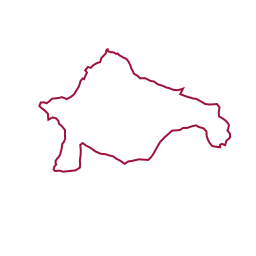 outline of Paphos, Paphos, Cyprus, rotated 50°
{"feature_id": "46923920B77200142670897", "entity_name": "Paphos", "entity_type": "district", "adm_level": 2, "iso_a3": "CYP", "parent_name": "Cyprus", "parent_adm1": "Paphos", "projection": "natural_earth1", "projection_center": [32.428, 34.773], "detail": "fine", "context": "isolated", "style": "outline", "palette": "rose", "viewbox_px": 256, "rotation_deg": 50, "n_neighbors": 0, "source": "geoboundaries", "source_scale": "gbopen_adm2", "svg_char_len": 2042}
<svg xmlns="http://www.w3.org/2000/svg" viewBox="0 0 256 256"><g transform="rotate(50 128 128)"><path d="M54.6,93.0L54.4,93.7L54.6,94.8L55.0,95.2L56.3,96.3L56.7,98.0L57.3,103.5L59.6,106.9L58.5,109.4L57.9,112.1L57.6,114.8L58.0,117.8L55.5,119.4L56.3,123.7L59.1,123.8L60.5,126.8L62.3,130.3L60.9,131.0L61.5,134.2L64.5,138.6L65.9,142.9L67.5,147.4L67.5,151.7L66.4,156.4L62.0,158.7L60.7,161.3L58.6,164.6L56.8,167.3L56.9,170.9L56.7,174.5L54.3,175.9L52.4,178.5L54.2,181.8L57.0,181.4L61.8,180.4L65.6,180.2L70.5,183.7L71.4,179.0L74.5,176.8L78.1,176.8L80.3,178.1L84.2,177.5L89.2,177.6L90.6,178.9L93.6,181.4L95.7,182.9L97.4,185.9L97.9,188.5L99.2,189.9L101.8,192.9L104.7,197.0L105.6,199.5L106.0,202.3L106.7,204.7L108.5,206.1L109.8,206.4L110.2,209.2L112.0,211.6L114.0,211.6L116.9,207.6L119.7,205.9L125.1,197.9L126.7,195.5L127.4,190.4L125.4,188.3L121.8,185.6L118.2,181.6L114.6,178.4L110.3,175.5L110.4,172.4L114.6,171.4L119.7,169.3L125.1,168.0L130.0,165.6L133.7,162.0L137.0,160.0L140.2,157.6L144.3,156.6L148.0,155.0L153.3,153.6L153.8,149.2L155.5,146.7L158.9,139.9L162.3,136.3L165.5,133.0L165.2,129.3L165.2,129.2L164.2,125.4L161.6,118.6L159.4,112.5L158.6,105.8L158.6,100.5L158.3,96.0L161.5,91.6L162.8,89.8L163.4,85.8L166.2,82.3L167.0,79.8L168.2,77.1L169.7,74.2L172.8,73.1L176.7,70.4L181.0,70.1L184.8,72.9L187.9,74.2L192.2,75.1L196.0,75.1L199.3,72.3L202.0,69.7L200.0,68.2L200.6,66.2L203.6,64.7L202.9,63.5L201.0,60.8L201.0,59.1L200.9,55.9L197.7,53.5L194.0,53.5L192.2,50.7L190.9,49.1L190.4,49.0L188.8,48.4L185.5,48.4L182.2,49.2L177.7,50.8L174.0,48.2L172.7,46.5L170.9,44.6L167.5,44.5L166.9,44.4L162.5,50.4L159.3,53.4L152.8,55.7L149.6,56.9L147.3,59.1L142.2,62.5L139.3,64.2L135.6,66.2L133.2,60.6L132.7,62.0L130.9,65.7L128.4,68.4L124.1,70.8L121.7,72.5L118.4,74.1L113.6,77.1L109.3,78.1L106.2,80.6L103.2,81.8L100.4,83.2L97.8,86.8L94.1,87.1L90.6,88.5L84.2,87.1L81.3,85.8L77.7,85.0L74.5,84.8L72.7,85.4L70.5,86.6L68.4,87.1L66.9,87.9L64.2,88.1L63.5,89.5L61.9,90.0L60.4,90.8L59.3,92.0L58.4,92.9L56.1,93.8L54.6,93.0Z" fill="none" stroke="#9f1239" stroke-width="2"/></g></svg>